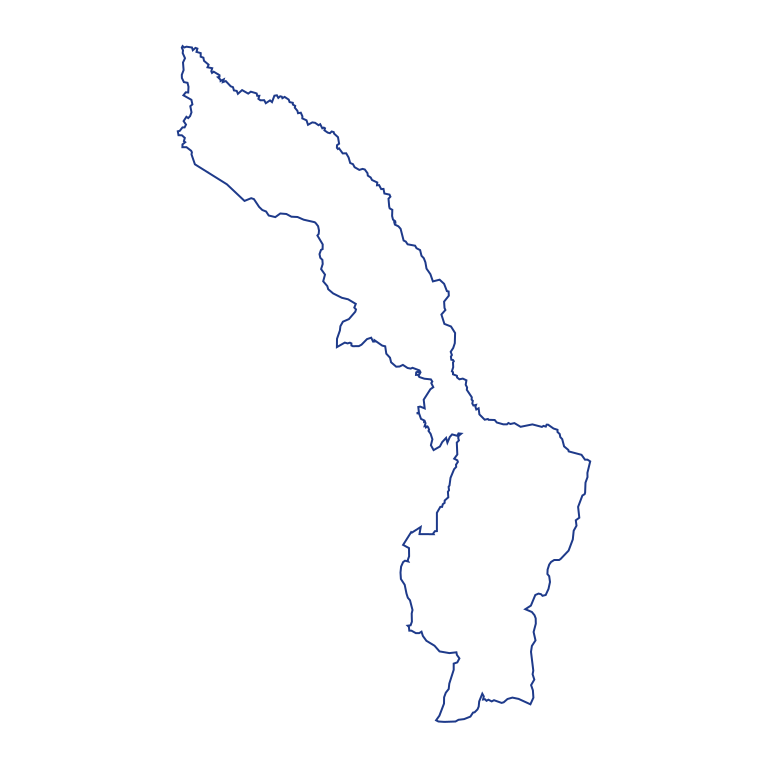 the district of Ibarra, Carchi, Ecuador
{"feature_id": "8360857B37631210722611", "entity_name": "Ibarra", "entity_type": "district", "adm_level": 2, "iso_a3": "ECU", "parent_name": "Ecuador", "parent_adm1": "Carchi", "projection": "robinson", "projection_center": [-78.188, 0.517], "detail": "fine", "context": "isolated", "style": "outline", "palette": "blue", "viewbox_px": 768, "rotation_deg": 0, "n_neighbors": 0, "source": "geoboundaries", "source_scale": "gbopen_adm2", "svg_char_len": 6065}
<svg xmlns="http://www.w3.org/2000/svg" viewBox="0 0 768 768"><path d="M409.3,630.7L411.5,630.7L415.8,633.1L419.2,633.1L421.5,631.7L422.9,636.0L426.4,640.8L434.5,645.7L439.5,651.4L449.4,653.1L456.4,652.3L456.9,654.9L459.4,658.4L457.3,662.4L453.7,663.6L453.7,669.8L449.3,683.6L448.7,689.0L445.8,692.7L444.1,697.3L444.0,703.6L439.4,715.7L436.1,720.3L438.4,721.5L444.4,721.9L455.5,721.5L458.5,719.8L464.1,719.1L470.4,716.6L473.0,712.6L474.6,712.3L477.5,709.4L478.7,706.6L479.2,701.4L482.3,693.7L483.8,696.4L483.1,699.5L484.9,699.2L486.5,700.8L488.4,699.7L491.7,701.4L494.0,700.2L501.6,702.9L503.7,702.3L507.5,699.0L512.4,697.6L518.6,698.9L530.4,704.3L533.4,697.7L532.9,690.4L531.1,685.1L534.3,679.6L532.6,674.2L533.3,670.7L531.0,651.8L531.9,645.9L535.5,640.4L533.6,632.0L535.8,623.7L535.7,618.4L534.5,615.2L531.9,612.0L525.3,609.2L530.9,605.6L535.3,595.0L538.5,593.6L541.0,594.2L542.5,595.8L545.7,595.0L548.5,588.9L550.0,582.0L549.2,576.2L547.4,574.0L547.6,569.6L549.2,564.6L551.0,562.0L554.2,560.0L559.1,560.0L560.6,559.0L568.6,550.6L572.8,539.4L573.7,530.7L576.5,525.7L575.8,520.3L579.3,517.7L578.1,506.9L582.4,495.5L584.6,494.2L585.1,492.7L585.5,482.6L587.5,477.1L587.4,472.9L590.2,461.4L587.5,459.7L585.0,459.7L581.5,454.8L568.7,451.4L568.3,449.9L564.1,446.4L562.2,439.1L560.3,437.1L559.7,434.0L557.5,432.0L557.5,429.8L553.5,428.5L548.1,424.7L546.6,424.7L545.8,426.6L543.5,425.9L541.9,426.9L532.4,424.4L520.6,426.8L514.4,423.1L510.4,424.0L508.4,423.0L507.0,424.3L503.2,424.3L496.8,422.5L494.7,420.0L488.6,419.8L487.9,419.0L484.7,419.7L479.4,414.4L478.6,408.3L476.3,409.5L475.4,406.7L476.0,404.9L473.4,405.5L472.3,403.5L472.8,400.8L471.6,399.6L471.8,397.3L466.8,389.8L467.1,387.4L465.7,384.8L466.4,380.3L462.8,378.6L459.4,379.3L457.1,377.5L456.9,375.8L453.0,374.3L453.0,372.2L451.9,371.3L453.2,367.2L453.0,362.4L453.8,361.2L453.0,360.0L451.3,359.7L450.9,356.6L451.9,355.0L450.7,351.8L453.2,348.0L454.8,343.2L455.1,333.0L451.0,326.5L444.4,323.9L441.4,314.5L445.4,310.0L444.5,307.9L444.1,301.6L448.8,295.7L448.6,291.5L446.9,291.1L444.1,283.8L439.6,279.7L432.9,281.4L430.4,274.2L426.5,268.6L425.4,262.3L423.8,258.2L421.5,255.8L420.1,250.1L416.5,248.2L415.1,245.7L407.6,244.3L405.8,241.6L403.6,240.5L400.6,228.8L398.4,226.3L394.9,224.6L394.3,222.4L395.4,222.5L395.2,221.2L393.0,219.6L392.1,216.0L392.3,209.8L389.7,208.4L389.2,206.6L388.5,198.7L390.4,196.7L389.5,194.6L384.4,193.5L383.5,188.9L381.2,189.1L379.1,185.1L377.0,185.3L377.3,182.5L372.0,180.0L370.7,177.5L367.8,175.6L367.5,173.2L364.8,169.5L362.6,168.9L359.3,169.9L354.6,167.2L353.0,164.2L350.2,163.0L348.6,157.5L346.2,153.3L342.7,153.4L339.0,148.3L337.9,149.0L336.9,147.8L337.0,145.2L339.1,143.7L338.0,137.2L334.1,133.6L333.7,132.1L331.7,131.5L329.9,133.2L327.7,132.6L324.4,130.3L325.0,128.3L323.8,127.6L322.3,128.3L320.2,124.2L318.5,125.2L315.1,122.8L312.3,122.4L308.0,124.8L306.5,120.3L302.3,118.4L302.4,116.3L300.8,112.7L298.0,113.2L297.4,110.8L294.8,107.7L295.2,105.9L292.9,104.6L292.8,102.8L289.6,102.1L288.7,99.6L284.6,96.9L282.4,98.2L281.8,96.7L280.2,96.3L278.3,97.9L276.9,95.3L274.4,95.7L272.0,102.1L270.0,100.4L265.8,103.2L264.2,100.2L260.4,100.3L258.4,98.8L259.3,95.8L257.2,95.8L256.7,93.5L255.4,93.0L250.8,91.7L248.2,93.6L242.1,90.1L237.9,93.8L236.7,90.9L233.9,90.4L233.0,87.2L230.7,86.3L225.8,81.1L222.9,82.1L223.7,79.4L220.6,81.0L220.5,79.7L217.9,77.2L219.5,76.7L219.5,75.2L213.7,71.7L212.0,72.9L211.3,71.3L212.2,68.2L207.5,67.3L208.6,64.7L204.0,60.8L203.4,57.7L200.7,56.7L200.7,53.1L196.5,51.9L197.4,48.6L195.5,47.9L192.8,50.2L192.0,47.5L186.5,46.7L184.2,47.5L182.6,46.1L181.8,47.7L183.0,50.3L182.7,53.1L185.0,58.2L183.0,62.5L183.6,70.1L181.8,74.8L181.9,78.0L183.9,82.1L187.5,82.8L188.5,86.8L188.2,92.5L185.8,92.3L183.4,95.3L191.4,99.8L192.4,104.4L190.3,106.2L191.5,112.3L190.1,116.1L188.2,118.1L186.4,116.8L183.6,121.1L186.0,124.6L184.6,127.4L182.5,127.4L179.7,130.9L177.8,131.3L178.5,135.2L181.9,135.3L184.8,137.9L183.9,141.2L185.2,142.2L182.5,144.4L182.4,147.2L186.5,147.2L191.2,150.8L191.9,152.3L191.5,154.4L194.9,164.3L226.9,184.3L244.5,200.9L251.2,198.2L253.9,199.1L259.1,206.9L262.3,210.0L266.1,211.5L268.7,215.5L275.3,217.1L280.3,213.5L286.4,214.0L291.4,216.7L297.5,217.0L303.7,219.7L314.7,222.2L315.9,223.3L318.1,226.2L319.0,230.5L318.7,233.9L317.4,235.5L322.7,244.4L322.6,249.1L321.0,249.9L319.5,254.1L320.3,257.8L322.4,259.9L322.7,264.0L321.1,269.1L325.0,274.6L323.2,281.3L327.3,286.1L328.2,289.2L333.1,293.4L341.9,297.8L348.1,299.3L355.8,303.9L354.3,307.6L356.0,309.4L355.3,311.7L348.9,319.1L342.9,321.7L340.4,326.2L339.9,330.5L337.0,338.8L336.9,347.1L344.8,342.6L347.6,343.4L349.9,342.7L351.4,343.4L351.4,345.5L352.9,346.2L358.9,346.1L361.5,344.7L367.0,339.1L371.2,337.7L373.1,341.6L374.6,341.5L374.6,340.3L382.2,345.6L385.2,346.3L386.3,353.7L390.0,357.7L391.1,362.3L396.2,366.7L399.6,366.5L402.9,364.9L407.6,368.0L410.7,368.6L412.5,367.8L419.5,370.4L420.5,372.3L419.7,373.8L419.1,372.3L417.2,371.8L416.2,372.4L416.0,374.9L418.0,374.8L419.3,377.0L424.3,378.7L430.9,379.4L432.3,381.6L431.3,383.1L433.3,387.2L430.4,389.2L423.7,399.7L424.7,408.4L420.2,406.6L418.3,407.0L418.9,412.4L416.7,413.3L419.1,413.5L421.0,418.9L424.1,420.4L424.1,421.7L424.8,421.3L425.5,423.2L424.6,426.2L425.6,426.0L425.9,427.4L427.5,426.5L428.2,427.4L429.1,429.7L428.5,430.9L430.6,433.8L432.4,439.3L430.9,445.2L433.6,450.1L439.9,446.5L442.2,442.1L446.1,437.9L447.4,442.7L449.8,437.0L452.1,434.4L457.2,435.8L458.5,433.4L461.2,433.7L458.7,435.8L458.2,437.9L458.9,440.4L456.8,442.6L457.3,454.5L454.2,458.7L457.3,460.3L457.9,461.9L456.0,464.7L456.2,466.9L454.1,469.2L450.5,477.9L449.5,485.5L448.6,486.8L449.0,490.2L447.9,491.8L448.3,497.3L444.7,500.5L444.6,502.9L442.8,504.2L442.1,506.9L440.3,506.9L436.9,512.8L436.9,531.1L434.9,531.2L433.2,533.5L433.6,534.2L419.5,534.1L420.7,527.0L411.9,532.6L411.2,532.1L403.1,544.9L409.0,548.1L409.1,556.3L407.7,560.3L408.3,561.5L405.0,560.7L403.1,562.1L401.1,566.6L400.5,572.6L400.9,579.0L404.7,584.8L406.5,593.6L407.8,597.7L410.0,600.3L412.5,610.0L411.7,613.5L411.9,621.7L410.6,625.3L407.7,625.7L408.9,626.9L409.3,630.7Z" fill="none" stroke="#1e3a8a" stroke-width="2"/></svg>